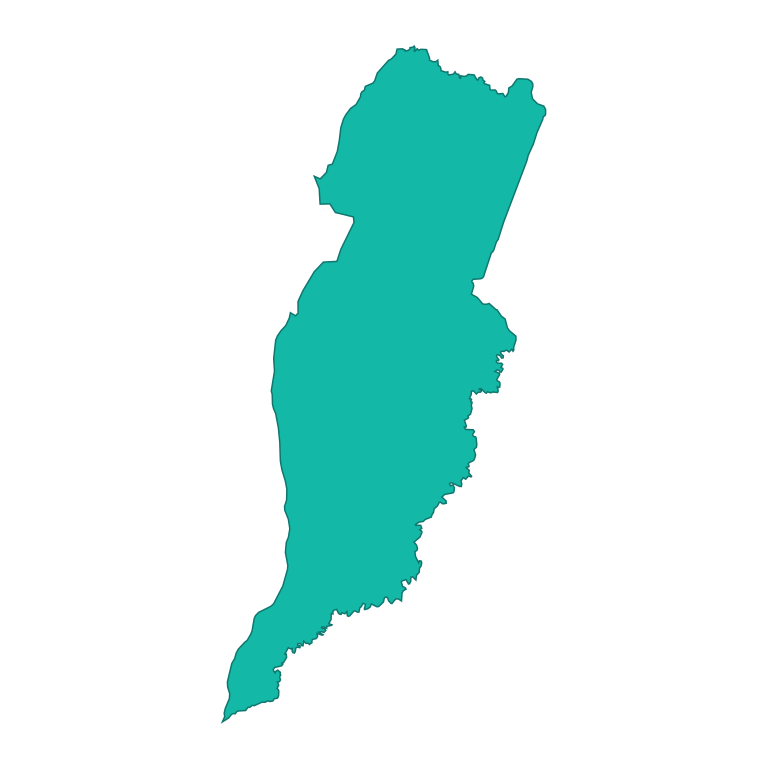 Libenge, Équateur, Democratic Republic of the Congo
{"feature_id": "63176286B16720510237815", "entity_name": "Libenge", "entity_type": "district", "adm_level": 2, "iso_a3": "COD", "parent_name": "Democratic Republic of the Congo", "parent_adm1": "Équateur", "projection": "robinson", "projection_center": [18.997, 3.764], "detail": "fine", "context": "isolated", "style": "filled", "palette": "teal", "viewbox_px": 768, "rotation_deg": 0, "n_neighbors": 0, "source": "geoboundaries", "source_scale": "gbopen_adm2", "svg_char_len": 6049}
<svg xmlns="http://www.w3.org/2000/svg" viewBox="0 0 768 768"><path d="M397.1,49.1L395.9,54.1L391.2,59.1L388.5,60.4L377.3,73.1L374.7,80.8L372.9,83.1L365.3,86.4L364.4,90.1L362.0,91.8L360.8,93.8L360.5,96.8L356.1,104.5L350.5,108.5L345.8,114.8L343.5,119.1L340.8,127.8L339.3,140.5L337.3,151.5L332.3,164.2L328.2,165.3L326.4,172.5L320.2,178.9L314.3,176.3L319.2,188.6L320.1,204.1L329.9,203.9L335.4,212.5L353.4,216.9L354.0,222.5L340.9,249.2L336.9,261.4L323.4,262.1L314.2,271.8L303.0,290.6L298.0,301.5L298.1,313.2L295.5,315.8L290.4,312.7L289.3,318.1L285.7,325.7L281.0,330.7L277.5,335.8L275.7,340.1L273.7,358.5L274.5,371.1L271.3,390.8L272.2,394.5L272.5,404.2L273.6,408.8L275.7,413.5L278.4,427.9L279.8,442.6L280.4,461.3L281.9,469.6L285.4,481.3L286.9,489.3L286.6,500.0L284.5,506.6L284.8,510.3L288.4,519.3L289.8,528.7L288.4,537.3L286.3,542.4L285.4,552.4L287.8,565.4L287.5,569.4L282.8,586.1L273.6,603.8L270.7,606.4L258.6,612.4L255.4,615.8L254.2,618.5L252.1,630.8L250.6,634.5L247.1,640.5L244.8,642.2L238.3,649.2L236.2,653.2L234.7,658.5L231.8,663.5L227.4,681.9L227.7,687.2L229.7,693.6L229.4,698.6L225.3,708.3L224.2,713.1L224.7,716.6L222.4,721.9L228.6,718.0L231.6,714.3L233.1,713.6L235.2,713.8L236.7,711.7L238.2,711.0L245.7,710.5L247.8,707.4L249.9,707.3L252.3,705.3L254.2,705.7L262.1,702.1L264.9,702.3L268.0,700.8L269.8,701.5L272.8,701.0L274.2,698.8L277.6,698.1L278.6,695.7L278.8,691.4L278.5,689.9L277.0,688.4L277.7,687.5L277.6,686.2L278.6,685.9L278.5,684.3L277.3,681.9L279.5,681.6L280.5,679.9L279.6,677.0L280.7,675.0L280.1,673.8L280.4,672.4L277.7,670.1L275.6,671.5L275.2,672.9L273.7,671.2L273.3,669.2L274.9,667.4L281.7,665.8L282.7,664.4L281.8,663.8L282.0,663.0L283.4,662.8L286.6,657.5L286.3,654.2L284.9,654.0L288.3,647.7L290.5,648.9L292.3,648.4L292.1,651.1L293.0,652.7L294.3,653.1L295.2,651.8L295.8,648.0L297.2,647.1L299.8,647.7L300.2,646.9L299.9,645.8L298.2,645.5L297.5,644.5L298.0,643.5L300.6,643.8L301.9,645.7L303.0,645.8L303.7,641.1L305.8,643.3L308.4,643.3L309.4,644.5L312.0,642.6L311.7,641.5L312.4,639.4L315.9,638.7L317.0,637.6L317.6,636.2L317.0,633.5L322.3,635.2L323.1,634.8L318.8,632.2L321.6,631.6L323.9,632.5L325.8,630.4L324.6,628.7L322.4,628.5L321.5,627.6L321.8,627.0L323.2,626.8L326.7,628.3L326.7,626.4L331.5,625.4L332.0,624.8L328.8,623.7L331.1,619.3L331.2,614.0L331.6,613.3L332.9,614.0L333.0,611.4L334.1,610.1L336.6,609.4L338.4,613.1L339.6,614.2L341.0,614.4L341.7,612.8L344.9,613.7L346.9,611.6L347.3,615.6L348.3,616.4L349.8,615.8L353.9,611.1L354.9,610.8L357.5,612.2L359.0,612.0L359.8,607.9L361.2,606.7L363.0,603.4L365.1,604.1L365.3,605.1L364.3,609.0L364.8,609.6L368.1,608.6L370.2,606.9L371.3,604.0L376.8,606.7L378.6,606.6L383.5,602.0L384.2,598.4L385.2,597.2L386.7,597.2L387.7,598.2L388.6,600.8L391.0,603.4L392.0,603.5L395.2,599.5L396.4,598.9L398.3,598.9L401.5,601.0L402.0,593.2L403.2,590.9L406.1,589.1L405.2,587.7L402.7,586.5L401.3,582.1L402.1,580.9L406.0,579.6L408.5,584.0L409.5,583.8L410.7,581.4L410.9,577.3L412.6,576.8L415.9,580.0L416.5,575.3L419.2,572.3L419.6,567.8L421.0,566.3L421.7,562.9L421.2,561.1L419.4,560.7L418.7,562.9L415.6,556.7L414.9,551.8L417.1,550.2L417.5,548.6L416.5,545.1L414.0,542.1L420.0,537.0L422.0,532.1L421.5,530.9L419.7,529.8L421.8,528.3L420.7,525.3L415.7,525.3L415.4,524.5L419.0,522.1L423.1,521.5L425.3,519.4L431.2,517.1L432.3,514.1L433.4,512.8L434.2,508.7L437.2,506.2L439.3,502.4L440.3,502.2L442.9,503.9L446.2,503.3L446.1,501.0L441.9,497.1L444.5,494.5L453.2,492.8L454.0,491.4L454.4,487.9L453.0,484.8L450.5,485.8L449.5,483.8L450.4,482.9L452.1,482.9L459.6,486.4L461.3,486.5L461.8,483.7L460.9,481.0L463.2,477.6L465.7,479.2L468.4,476.1L471.1,476.9L471.6,476.2L468.9,473.2L469.2,470.3L466.1,467.7L466.5,467.1L468.7,466.9L469.1,466.0L468.2,463.7L468.8,462.9L473.0,460.8L474.4,459.3L475.6,454.9L473.9,449.4L476.4,447.3L476.8,444.7L476.2,438.5L475.6,436.8L474.1,436.7L472.7,435.3L472.7,434.2L474.5,431.6L473.3,429.8L465.5,429.4L464.3,426.9L466.1,427.0L466.3,425.8L464.4,420.2L468.1,418.2L468.5,417.5L467.8,416.1L470.5,414.1L472.0,408.6L471.3,405.2L472.1,402.6L471.9,402.0L470.9,402.0L470.7,401.0L471.5,399.7L471.3,399.1L469.4,398.7L471.3,394.3L471.4,391.2L473.6,390.9L476.3,394.0L478.2,392.3L480.6,392.1L481.4,391.3L481.2,390.5L479.1,389.1L480.2,388.6L481.7,389.2L485.3,392.8L486.5,393.1L487.3,391.8L490.9,392.8L492.7,392.0L497.6,392.5L498.2,390.9L497.3,386.8L498.9,387.5L499.8,387.0L500.0,383.2L499.5,382.0L497.4,380.8L496.7,379.5L499.6,374.7L499.5,373.5L494.9,371.4L497.0,370.0L498.7,370.1L499.9,372.0L501.2,372.1L503.0,369.1L502.8,368.4L500.9,367.5L502.6,364.4L501.6,363.3L497.4,363.1L496.5,362.1L496.4,360.4L498.6,360.7L498.9,359.8L496.6,356.7L496.6,355.4L497.4,354.6L499.8,355.5L501.8,358.1L503.1,357.9L503.4,355.8L500.8,353.6L500.6,352.0L502.4,351.1L503.9,351.5L506.4,350.0L509.1,352.0L511.8,349.2L513.0,351.2L513.8,349.9L513.7,347.1L516.0,340.0L515.9,336.2L509.4,330.7L507.4,327.8L505.1,319.0L501.3,316.1L497.1,309.9L495.7,309.4L489.2,303.5L486.3,304.3L482.8,304.0L477.4,297.6L471.4,294.2L473.7,286.3L473.3,283.4L471.9,282.0L471.9,280.9L473.1,279.3L480.3,278.8L482.0,278.3L483.5,276.8L491.4,252.7L492.7,251.9L493.8,249.9L496.4,241.9L498.1,239.5L503.7,222.0L526.7,161.2L528.3,155.1L533.3,144.2L537.0,132.6L542.7,119.5L543.2,116.9L545.0,115.5L545.6,114.1L545.6,109.4L543.8,106.1L537.6,103.9L532.5,98.8L531.2,92.3L532.8,86.6L532.8,84.0L531.5,81.5L527.9,79.2L518.7,78.7L516.9,79.2L512.1,86.0L508.8,88.0L508.4,92.5L506.2,96.2L504.8,96.7L502.9,93.5L498.4,93.9L497.1,93.2L496.2,90.9L494.9,89.9L491.4,90.2L490.1,89.6L489.6,85.3L484.5,83.7L483.8,82.9L484.8,81.4L483.1,80.3L482.5,77.9L480.8,77.0L478.8,77.9L477.8,80.1L477.0,79.9L474.1,74.9L468.1,74.4L466.6,75.9L464.3,76.4L460.7,75.8L460.5,78.3L459.6,78.1L458.8,74.3L456.4,74.1L455.0,71.8L453.5,74.1L448.7,75.0L448.0,74.2L447.8,71.8L445.8,72.2L441.1,70.7L440.7,67.8L439.7,66.2L438.2,65.6L437.8,60.2L435.6,61.8L432.8,61.6L429.6,60.2L429.5,57.9L426.5,49.6L420.9,49.3L418.6,50.2L417.2,48.7L415.0,51.2L414.3,51.1L415.0,47.9L414.2,46.1L412.9,47.2L410.0,47.6L410.1,48.8L408.3,50.3L405.3,51.2L404.9,49.8L403.6,49.7L402.8,48.8L397.1,49.1Z" fill="#14b8a6" stroke="#0f766e" stroke-width="1.5"/></svg>